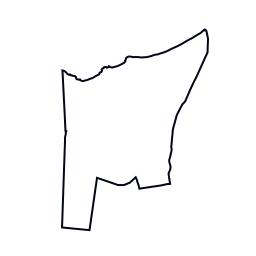 Faasaleleaga III, Fa'asaleleaga, Samoa, rotated 276°
{"feature_id": "51752279B1430525557017", "entity_name": "Faasaleleaga III", "entity_type": "district", "adm_level": 2, "iso_a3": "WSM", "parent_name": "Samoa", "parent_adm1": "Fa'asaleleaga", "projection": "albers", "projection_center": [-172.2, -13.646], "detail": "fine", "context": "isolated", "style": "outline", "palette": "ink", "viewbox_px": 256, "rotation_deg": 276, "n_neighbors": 0, "source": "geoboundaries", "source_scale": "gbopen_adm2", "svg_char_len": 1612}
<svg xmlns="http://www.w3.org/2000/svg" viewBox="0 0 256 256"><g transform="rotate(276 128 128)"><path d="M233.8,193.6L230.8,190.9L229.4,189.4L228.2,187.6L224.5,182.9L223.1,180.8L220.1,176.4L217.1,172.5L214.3,168.2L211.3,163.0L209.7,160.6L208.1,158.1L206.9,155.6L205.8,153.0L204.2,149.6L203.8,147.4L202.4,144.4L201.8,143.2L200.7,139.9L200.3,138.5L199.5,133.4L199.6,130.3L199.0,125.0L199.3,123.0L199.2,121.4L198.6,120.0L197.5,118.9L195.5,118.5L194.2,118.0L193.8,118.3L192.3,117.2L190.1,113.8L188.8,111.8L188.1,110.2L186.5,105.9L186.7,103.8L187.3,103.1L187.4,102.4L186.6,102.3L185.8,100.8L186.2,100.6L186.3,99.1L185.9,97.9L184.8,97.2L184.3,96.2L183.3,95.7L182.1,96.2L180.8,95.5L180.1,94.0L179.0,93.9L178.2,93.5L176.9,91.5L176.1,90.2L174.2,87.8L171.3,82.0L170.8,80.5L169.9,78.3L169.9,77.6L170.7,75.3L171.2,75.2L171.0,73.7L171.1,72.1L171.8,71.3L173.4,70.8L174.2,69.4L174.1,68.5L174.5,65.5L174.9,65.4L175.2,64.1L174.7,63.7L175.3,62.3L177.2,60.1L178.0,58.8L178.4,56.8L177.9,56.9L135.0,63.6L118.6,66.1L118.5,66.9L116.6,66.6L114.9,66.7L111.5,66.3L109.9,66.6L22.2,72.8L22.3,88.0L22.4,100.4L75.2,102.4L70.2,124.3L70.8,129.9L73.8,135.5L79.8,140.8L77.1,142.3L74.4,143.4L72.5,144.4L68.8,145.7L69.5,148.1L72.2,158.5L73.0,161.7L74.4,167.1L76.3,172.8L76.8,175.7L83.6,173.9L86.9,173.1L91.1,174.3L94.0,174.4L98.3,172.7L100.4,172.3L102.9,172.8L110.5,173.7L111.6,173.6L114.0,172.9L115.2,173.0L131.5,172.8L146.0,175.2L157.0,179.5L160.5,182.1L172.4,185.8L178.9,188.0L187.0,191.1L205.3,197.1L211.4,199.2L221.5,198.5L225.0,198.3L232.5,195.9L233.6,195.0L233.1,194.4L233.8,193.6Z" fill="none" stroke="#020617" stroke-width="2"/></g></svg>